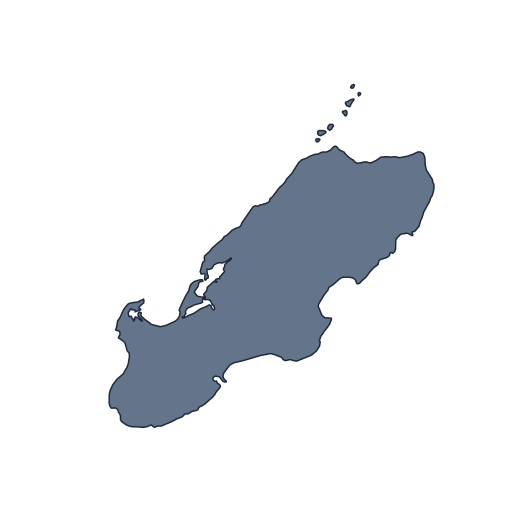 Utila, Islas de la Bahía, Honduras, rotated 156°
{"feature_id": "27666195B66203278575702", "entity_name": "Utila", "entity_type": "district", "adm_level": 2, "iso_a3": "HND", "parent_name": "Honduras", "parent_adm1": "Islas de la Bahía", "projection": "albers", "projection_center": [-86.928, 16.088], "detail": "fine", "context": "isolated", "style": "filled", "palette": "slate", "viewbox_px": 512, "rotation_deg": 156, "n_neighbors": 0, "source": "geoboundaries", "source_scale": "gbopen_adm2", "svg_char_len": 6135}
<svg xmlns="http://www.w3.org/2000/svg" viewBox="0 0 512 512"><g transform="rotate(156 256 256)"><path d="M348.3,147.6L342.5,150.5L341.6,151.4L341.3,152.3L341.9,154.0L343.0,155.3L342.9,157.7L344.5,158.4L345.4,159.6L345.5,161.2L344.8,162.2L343.7,162.7L342.3,162.8L341.0,162.3L339.4,161.2L338.4,160.0L337.2,154.9L335.8,153.5L334.4,153.2L334.0,153.6L335.3,156.9L335.4,158.5L334.7,160.2L333.2,162.1L324.4,167.0L319.8,167.5L310.6,165.7L292.4,163.3L282.3,160.9L279.0,158.3L274.3,153.5L273.8,152.7L273.4,150.6L272.2,148.9L271.1,148.3L267.1,147.6L263.2,144.4L261.3,143.4L245.5,142.9L239.3,144.7L234.7,147.8L232.4,151.2L232.3,151.7L232.7,152.4L232.5,152.8L229.3,156.5L226.3,158.0L224.4,159.5L220.6,161.3L216.5,163.8L212.7,167.5L212.5,168.3L213.0,168.9L218.1,171.5L219.5,174.0L219.9,175.5L219.6,185.0L218.4,186.5L215.5,188.7L208.6,193.3L204.1,195.7L202.1,197.7L197.8,198.3L188.9,201.1L186.7,201.4L185.1,201.2L179.4,198.7L176.6,196.7L175.5,195.3L175.0,193.8L175.0,189.6L173.9,189.1L172.3,189.0L169.1,190.4L164.2,191.9L159.1,194.8L154.1,197.1L147.8,198.7L145.9,201.4L145.0,202.0L143.9,202.2L137.4,201.4L133.9,202.1L132.6,203.9L131.7,204.4L131.2,204.3L130.2,202.9L127.7,203.5L125.8,205.4L121.8,213.7L120.0,215.0L116.4,216.5L114.6,217.0L109.0,215.5L107.8,214.6L105.2,211.2L104.7,211.0L104.2,211.5L104.0,213.8L103.6,214.3L100.9,214.0L95.1,216.7L91.0,221.6L88.9,223.3L84.7,228.1L75.7,234.9L72.9,238.0L70.5,239.5L67.0,243.7L65.3,246.7L64.4,249.1L64.5,250.9L63.8,254.4L65.4,265.4L64.2,270.9L61.7,277.2L61.5,280.2L61.8,282.1L63.6,284.2L65.7,285.2L71.7,285.1L77.2,285.6L84.3,287.3L86.0,288.1L87.3,289.3L89.2,290.4L91.9,291.2L97.0,293.9L101.9,295.5L107.4,294.4L112.7,294.3L114.7,295.1L117.0,297.2L120.0,298.2L121.7,298.3L126.0,299.7L127.3,301.5L128.2,304.2L129.8,306.3L131.1,308.5L133.0,313.3L133.2,314.9L136.3,318.5L137.3,320.6L137.7,322.9L138.9,324.1L140.6,324.2L144.7,322.5L148.5,322.3L150.1,322.6L152.9,323.9L154.9,324.1L157.4,323.8L161.4,325.0L166.4,325.2L170.8,324.8L175.1,325.3L179.5,323.7L190.1,316.6L196.5,314.0L199.4,311.8L202.6,310.2L206.3,309.2L216.8,303.5L220.2,302.4L221.4,300.5L223.5,300.0L226.5,300.0L227.5,300.4L230.1,300.4L231.4,301.1L234.0,300.6L236.2,302.2L238.7,302.1L255.1,292.2L257.8,289.7L259.8,289.2L262.7,289.5L267.4,289.3L273.7,286.9L277.2,286.6L280.3,284.7L285.5,283.4L292.9,281.0L296.9,278.9L303.0,276.9L303.7,275.9L304.9,272.7L307.1,271.8L308.0,271.0L313.4,264.4L313.4,261.8L310.5,261.1L310.0,260.4L310.5,258.9L312.2,256.1L312.4,255.0L312.2,254.5L311.3,254.7L310.6,255.3L309.1,255.2L308.1,256.1L307.8,257.2L307.8,259.0L306.6,263.4L306.3,263.8L303.8,262.7L301.6,262.6L300.6,262.9L298.5,264.8L294.8,265.2L292.1,264.8L289.5,263.2L288.2,263.5L285.2,263.1L280.1,264.4L279.5,264.2L279.4,263.8L280.4,262.9L283.8,262.3L287.7,261.1L289.2,258.8L290.3,258.2L291.2,256.9L291.3,256.3L290.8,255.3L291.0,254.5L294.5,253.1L295.9,252.2L297.4,251.9L298.6,250.1L300.1,250.9L302.4,250.9L303.1,250.5L302.4,248.7L302.7,248.0L303.4,248.3L303.9,249.7L304.8,249.9L313.0,247.3L313.8,246.6L314.1,245.6L315.6,244.1L319.3,242.4L319.6,241.5L319.0,239.9L319.0,238.9L319.4,238.4L320.8,237.8L321.0,237.3L320.4,236.8L318.7,236.3L317.3,235.5L315.9,233.8L315.7,232.3L315.9,229.1L314.7,228.2L315.0,226.8L314.8,225.2L316.3,224.0L316.9,224.2L317.4,224.7L317.5,228.9L318.6,230.4L322.5,230.0L328.2,230.3L336.0,228.9L342.4,229.1L344.7,228.7L347.5,228.9L348.1,229.3L348.4,230.1L348.2,230.3L346.7,229.7L346.0,229.8L344.9,231.2L343.6,231.8L343.3,233.6L342.1,235.0L339.4,236.4L336.8,236.1L332.2,236.4L324.8,235.3L323.7,235.5L322.9,237.6L321.9,238.5L320.6,238.9L320.4,239.6L320.9,240.1L322.8,240.8L325.8,243.1L327.1,247.7L326.0,249.0L321.3,251.8L319.1,254.8L317.1,255.2L314.9,254.5L314.5,255.7L315.5,256.6L318.0,257.3L323.0,257.8L326.9,256.7L328.8,255.1L331.6,251.5L335.3,249.1L342.1,243.5L348.0,238.1L348.3,237.5L348.1,236.0L348.6,234.7L349.9,232.8L351.9,231.0L353.8,230.0L356.5,229.3L366.4,229.2L372.1,230.3L379.5,236.1L380.2,237.9L383.3,243.2L385.2,247.6L385.3,249.0L384.0,250.6L385.0,252.1L386.0,252.1L387.2,251.3L388.0,249.1L386.3,244.6L386.2,243.2L386.5,242.9L387.2,243.4L389.5,248.1L390.9,249.4L391.6,249.2L393.0,246.8L394.2,246.5L394.3,247.0L393.5,248.2L394.6,249.1L394.5,251.7L396.7,252.4L396.0,255.6L395.2,256.7L391.8,258.7L391.1,257.2L388.6,256.0L389.0,254.2L383.2,253.8L383.1,254.4L384.0,255.9L383.7,256.7L382.8,257.3L377.7,258.9L376.6,260.5L376.3,262.3L383.0,262.1L387.4,263.5L390.8,264.2L392.4,264.1L394.4,263.3L398.7,260.9L405.0,255.3L408.7,253.1L412.1,248.0L414.3,245.6L414.0,244.9L412.2,243.7L411.3,242.5L411.9,239.8L414.4,238.0L415.0,237.2L411.9,232.2L411.2,230.5L411.2,228.7L412.2,222.3L412.0,220.7L411.5,219.6L411.4,218.7L412.6,215.5L416.4,209.7L419.0,206.9L425.5,202.2L433.1,200.0L439.4,196.5L444.0,192.4L446.4,189.1L450.1,181.1L450.5,177.8L450.1,175.9L446.2,174.3L445.4,173.3L444.9,171.9L444.8,170.7L445.2,169.5L444.7,166.3L445.1,164.4L446.3,161.8L446.3,160.3L446.0,159.2L443.1,154.3L440.8,152.0L438.4,150.3L434.4,148.5L428.7,145.3L424.3,144.3L420.6,144.4L418.5,140.8L414.9,140.7L411.8,139.2L399.7,139.0L394.7,139.4L388.7,139.1L385.3,140.6L382.3,139.4L377.6,140.1L374.2,139.3L371.7,139.2L369.4,141.1L365.9,141.1L361.7,142.0L352.7,144.9L350.0,146.2L348.3,147.6ZM105.9,360.3L108.6,359.9L111.8,359.9L112.3,358.6L111.8,356.1L109.7,354.3L108.7,354.8L107.7,355.9L105.7,357.3L102.9,359.0L102.9,359.5L103.2,359.8L105.9,360.3ZM147.4,345.0L148.9,344.6L149.9,342.6L149.6,341.1L148.1,339.6L144.9,339.7L142.6,340.2L141.6,340.8L141.7,341.6L143.4,343.1L147.4,345.0ZM135.1,346.2L136.8,345.6L138.6,343.7L138.5,342.6L137.6,340.9L135.8,341.1L132.4,343.2L132.2,344.1L132.6,345.1L135.1,346.2ZM117.8,352.9L118.5,352.5L118.6,351.7L117.9,349.8L117.7,348.2L117.1,347.5L116.8,347.5L116.2,347.7L115.2,348.9L114.4,350.6L114.3,351.5L114.9,352.6L116.1,352.4L117.8,352.9ZM153.0,338.3L153.8,338.1L154.3,337.5L154.4,336.3L153.8,335.3L152.3,335.2L150.4,336.2L150.3,336.8L150.6,337.2L151.9,338.1L153.0,338.3ZM97.0,373.0L99.0,373.0L100.2,372.3L100.9,371.6L100.7,370.6L98.8,370.0L97.5,371.0L96.8,371.7L96.7,372.4L97.0,373.0ZM95.7,363.4L96.4,363.2L96.8,362.7L97.2,361.2L97.1,360.5L95.4,360.8L94.5,361.6L94.6,363.0L95.7,363.4Z" fill="#64748b" stroke="#1e293b" stroke-width="1.5"/></g></svg>